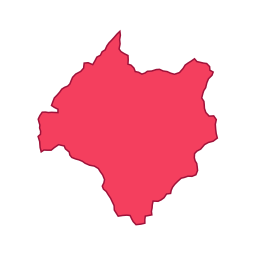 Barão de Monte Alto, Minas Gerais, Brazil, rotated 110°
{"feature_id": "56859067B36277633207568", "entity_name": "Barão de Monte Alto", "entity_type": "district", "adm_level": 2, "iso_a3": "BRA", "parent_name": "Brazil", "parent_adm1": "Minas Gerais", "projection": "albers", "projection_center": [-42.281, -21.268], "detail": "fine", "context": "isolated", "style": "filled", "palette": "rose", "viewbox_px": 256, "rotation_deg": 110, "n_neighbors": 0, "source": "geoboundaries", "source_scale": "gbopen_adm2", "svg_char_len": 2070}
<svg xmlns="http://www.w3.org/2000/svg" viewBox="0 0 256 256"><g transform="rotate(110 128 128)"><path d="M201.5,75.9L198.3,77.5L195.0,78.0L191.8,78.9L188.1,79.4L186.6,74.7L184.2,72.3L181.2,70.3L176.8,69.2L174.9,65.6L171.8,66.1L168.4,65.9L165.1,64.9L161.2,63.1L157.0,60.9L155.3,58.3L152.8,55.2L151.5,51.3L148.7,48.2L144.1,48.1L140.8,49.7L137.8,51.3L135.9,53.7L133.3,55.5L129.3,56.7L126.1,55.3L123.0,52.5L117.4,50.4L114.1,47.5L111.3,43.5L106.9,40.6L103.1,43.2L99.2,45.2L94.7,47.2L89.9,47.9L87.3,51.6L89.1,55.8L86.8,60.2L83.4,62.9L79.9,64.4L77.0,65.8L74.6,69.0L69.9,69.5L66.9,69.6L63.6,68.8L58.6,69.4L54.2,69.2L49.7,67.1L46.3,67.1L45.7,70.8L42.4,72.3L40.5,76.1L41.2,79.3L41.6,82.8L42.0,86.0L40.2,89.2L43.4,91.4L46.4,93.8L49.3,95.8L53.2,96.6L58.3,98.6L61.6,102.7L61.9,106.6L61.6,110.5L62.4,114.5L62.1,118.4L63.4,121.4L66.4,125.3L68.1,129.2L70.6,130.9L72.6,133.4L72.0,137.2L72.5,140.5L69.6,143.0L67.9,146.6L68.0,149.9L63.9,151.1L59.9,152.8L59.4,157.0L58.6,160.8L56.8,163.4L51.7,164.2L47.8,166.1L43.4,166.9L39.9,168.7L43.6,170.5L47.6,172.0L51.3,173.5L54.3,174.9L57.9,175.9L62.4,176.2L65.2,178.4L69.1,178.8L72.0,181.5L76.0,182.0L80.5,182.8L80.3,187.8L82.0,191.4L86.9,190.2L91.0,191.8L95.2,195.6L99.3,197.4L102.8,197.6L106.5,197.7L109.3,199.0L111.5,201.5L114.1,203.5L117.5,204.4L121.2,205.8L124.9,207.5L129.7,207.6L133.0,207.6L133.8,204.4L134.3,200.2L137.5,199.1L139.4,205.2L140.7,208.1L141.3,211.1L142.5,214.0L146.3,215.0L150.4,215.4L153.0,213.6L155.4,211.8L158.2,211.1L160.9,209.0L163.9,208.1L166.7,209.6L170.9,206.4L176.4,203.9L180.1,201.4L177.5,199.5L176.4,196.1L175.1,192.6L171.7,190.6L167.4,187.5L166.7,181.8L169.0,179.7L170.7,175.0L173.3,173.4L174.9,170.7L175.0,166.7L174.7,163.1L174.9,159.3L175.8,156.3L176.1,151.4L175.3,146.6L176.2,142.0L178.5,139.1L180.8,135.7L184.5,132.4L187.8,131.9L191.4,132.3L193.8,130.2L195.1,126.7L197.4,123.8L199.9,120.4L205.7,114.5L209.8,112.8L214.2,107.1L212.0,103.1L210.3,99.3L209.5,96.1L212.0,93.6L214.2,91.1L216.1,87.4L213.9,83.0L211.7,79.6L208.2,80.9L204.9,81.6L201.5,75.9Z" fill="#f43f5e" stroke="#9f1239" stroke-width="1.5"/></g></svg>